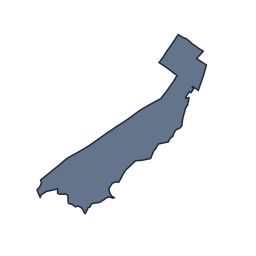 the district of La-nkwantanang-madina, Greater Accra, Ghana, rotated 214°
{"feature_id": "2480657B60779202001283", "entity_name": "La-nkwantanang-madina", "entity_type": "district", "adm_level": 2, "iso_a3": "GHA", "parent_name": "Ghana", "parent_adm1": "Greater Accra", "projection": "natural_earth1", "projection_center": [-0.168, 5.741], "detail": "fine", "context": "isolated", "style": "filled", "palette": "slate", "viewbox_px": 256, "rotation_deg": 214, "n_neighbors": 0, "source": "geoboundaries", "source_scale": "gbopen_adm2", "svg_char_len": 2365}
<svg xmlns="http://www.w3.org/2000/svg" viewBox="0 0 256 256"><g transform="rotate(214 128 128)"><path d="M164.6,58.0L171.4,36.0L169.5,34.5L168.8,32.9L168.3,30.0L168.8,25.7L162.1,21.4L162.5,25.2L161.4,26.7L161.1,27.4L160.2,29.7L152.2,38.1L150.1,34.7L148.0,34.7L142.5,38.5L140.1,38.4L136.2,33.1L135.0,32.2L132.5,33.1L131.6,33.4L127.3,33.3L125.9,35.4L122.9,35.7L122.1,35.7L121.3,35.5L120.5,35.4L119.0,34.7L118.4,34.3L117.5,33.6L116.8,33.3L116.2,33.2L115.9,33.2L115.6,33.2L115.9,35.7L116.2,38.3L116.4,38.8L116.6,39.4L116.0,40.3L115.4,41.3L115.4,41.6L115.4,41.9L115.4,42.0L115.7,43.1L115.8,43.5L115.8,43.9L115.6,44.7L115.3,45.4L114.3,46.5L113.5,47.2L112.7,47.8L111.7,49.0L111.3,49.2L110.8,49.4L110.5,49.9L110.2,50.5L109.3,51.5L108.9,52.6L108.8,53.4L108.2,54.3L107.7,55.2L107.4,56.6L107.2,57.1L106.4,58.6L105.2,60.0L104.4,60.5L103.8,60.7L103.1,61.0L101.5,61.4L101.2,61.6L100.9,61.8L100.5,62.6L103.4,62.4L104.2,62.7L105.6,63.4L107.7,64.7L109.0,66.0L110.0,67.6L110.1,73.5L107.9,76.5L105.4,77.8L105.6,80.6L106.5,91.1L103.4,105.0L101.3,106.8L99.2,108.2L92.2,115.3L93.8,122.7L93.5,126.8L93.8,129.7L93.7,131.9L86.9,138.9L87.2,143.6L86.2,145.7L87.1,150.0L87.3,151.9L86.9,154.0L85.1,156.5L84.6,159.8L88.1,166.9L91.5,177.1L91.5,180.8L92.4,182.0L92.4,183.0L94.5,187.3L96.8,184.8L97.4,185.6L97.4,192.5L95.5,192.5L95.6,197.3L97.4,197.5L97.4,198.6L90.8,198.5L94.9,214.2L98.2,224.1L101.9,224.0L104.4,223.9L110.0,224.0L109.9,224.7L109.4,227.8L108.8,231.3L108.7,232.0L108.6,233.8L113.6,233.5L118.3,233.7L121.8,233.7L124.8,234.2L125.9,234.3L128.7,234.6L128.8,234.6L129.2,234.6L129.7,234.5L130.1,234.5L130.4,234.5L132.9,233.9L133.9,233.7L134.1,233.7L134.7,233.6L135.8,233.6L138.7,233.6L138.6,225.8L138.6,224.5L138.6,219.3L138.6,218.7L138.8,214.3L138.5,206.5L138.9,199.6L133.2,199.7L128.6,199.6L126.9,199.5L120.7,199.1L116.8,199.0L116.6,196.3L116.5,194.8L116.4,192.4L116.4,189.1L116.5,185.5L116.5,182.1L117.0,175.6L117.0,174.7L117.1,173.8L117.2,172.5L117.2,171.6L117.1,171.0L119.3,166.8L122.6,160.6L126.4,152.7L128.1,149.0L128.6,147.6L130.5,142.5L131.0,140.7L131.8,138.5L132.4,137.0L132.8,135.9L135.8,128.5L136.3,127.3L137.6,124.5L138.0,123.7L139.7,119.3L141.0,116.1L141.7,114.4L142.9,111.5L145.0,105.8L146.3,102.3L148.9,95.5L150.7,91.0L153.0,86.0L154.1,83.7L155.5,80.7L157.5,76.9L160.8,70.4L162.1,67.1L163.5,61.8L164.6,58.0Z" fill="#64748b" stroke="#1e293b" stroke-width="1.5"/></g></svg>